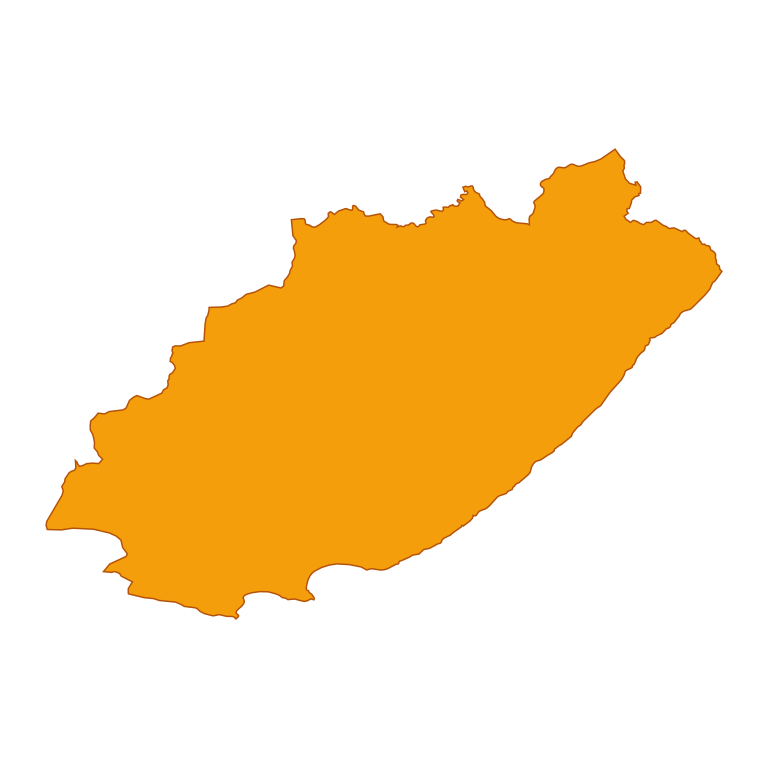 Eastern Cape, Natural Earth projection
{"feature_id": "ZAF-1926", "entity_name": "Eastern Cape", "entity_type": "Province", "adm_level": 1, "iso_a3": "ZAF", "parent_name": "South Africa", "parent_adm1": "", "projection": "natural_earth1", "projection_center": [27.087, -32.092], "detail": "fine", "context": "isolated", "style": "filled", "palette": "amber", "viewbox_px": 768, "rotation_deg": 0, "n_neighbors": 0, "source": "natural_earth", "source_scale": "10m", "svg_char_len": 6098}
<svg xmlns="http://www.w3.org/2000/svg" viewBox="0 0 768 768"><path d="M580.7,166.2L588.9,162.9L595.0,161.5L600.9,159.0L615.1,149.2L620.4,156.6L624.2,160.3L624.6,161.2L624.6,163.9L624.0,165.0L624.3,168.3L622.8,170.9L625.4,178.8L629.5,183.3L635.8,185.2L635.1,182.3L637.0,181.8L640.7,186.9L640.5,193.2L638.7,193.6L639.0,195.5L634.9,196.8L631.7,200.1L631.3,202.9L629.3,208.5L627.2,208.6L626.7,210.9L628.2,213.2L624.1,216.2L626.1,219.4L630.4,222.4L633.4,220.3L637.1,221.5L640.3,223.5L643.1,224.5L644.2,224.4L645.7,222.8L646.6,222.4L651.4,222.4L654.6,220.4L656.2,220.3L663.1,225.3L666.0,226.4L669.0,228.5L674.2,227.9L682.0,231.6L683.9,230.3L685.6,230.4L688.2,233.2L695.2,238.3L697.0,238.6L698.7,237.9L699.1,238.2L699.6,240.9L700.5,241.4L701.9,244.0L703.1,244.4L704.4,244.1L706.1,245.5L708.9,245.9L709.8,246.6L710.9,250.3L712.0,250.5L714.2,252.2L715.2,253.6L715.6,254.6L715.5,257.8L715.7,259.1L716.3,260.1L716.6,263.9L719.3,266.0L719.8,269.3L721.9,271.4L715.2,280.7L712.6,282.6L709.7,289.3L704.8,295.2L691.4,308.5L689.8,309.4L684.2,311.0L682.1,312.1L680.3,313.6L679.5,315.5L673.9,322.7L671.1,324.2L670.5,326.3L669.8,327.2L668.6,328.1L666.6,328.6L662.0,333.4L657.0,335.7L654.6,337.4L650.1,338.0L649.6,338.8L650.1,340.3L648.3,344.5L645.6,346.0L645.1,346.7L644.7,349.4L643.7,350.9L640.7,353.2L637.8,356.6L636.4,358.7L635.5,361.5L633.9,364.6L632.6,365.4L632.0,367.6L626.0,370.5L625.1,371.9L623.8,375.7L621.3,379.8L610.0,392.4L600.6,405.7L595.8,408.9L582.8,421.7L580.7,424.9L577.6,427.0L572.6,433.0L571.4,436.3L561.3,444.5L558.9,445.8L554.5,449.2L554.2,450.9L552.1,452.7L547.7,455.2L540.7,459.9L535.7,461.4L533.4,463.7L531.6,466.8L530.1,472.4L528.1,474.8L518.8,482.8L516.1,483.8L514.1,486.5L512.9,487.2L512.2,489.4L507.9,491.4L506.1,493.5L498.9,496.0L497.4,497.0L489.3,505.9L486.2,508.5L479.8,511.0L478.4,512.1L476.3,515.3L475.6,515.7L474.2,515.8L473.2,515.3L472.5,518.1L470.4,520.6L463.3,526.0L462.0,525.3L461.4,526.8L451.7,533.7L450.9,534.8L444.0,538.2L441.9,540.1L441.5,541.7L440.2,543.3L437.6,543.9L429.7,548.3L423.8,549.5L418.8,554.1L412.6,555.1L409.6,557.0L400.9,560.9L399.9,561.0L399.2,561.5L398.6,563.5L398.0,564.0L396.0,564.3L387.4,568.8L383.9,569.8L380.2,570.0L372.5,568.8L370.1,568.9L366.8,570.0L361.3,567.0L349.3,564.6L336.9,563.9L329.0,565.1L321.6,567.5L314.9,570.9L312.0,573.2L309.7,576.3L308.0,579.9L306.5,586.1L306.3,588.8L306.7,590.0L308.5,590.8L309.3,592.5L311.9,594.5L314.4,598.3L313.8,599.8L310.9,598.9L307.2,600.8L304.8,601.4L302.0,601.0L294.7,599.0L287.9,599.6L285.5,598.1L282.3,597.6L279.2,595.2L275.9,593.9L268.3,591.8L260.0,591.6L251.9,592.7L246.7,594.3L244.5,595.5L243.1,597.2L244.4,601.8L243.4,604.0L241.9,605.9L236.7,610.7L236.1,612.4L236.5,613.7L238.2,615.0L238.6,615.8L238.3,616.7L236.1,618.8L235.5,618.8L234.4,617.1L232.5,616.5L226.3,616.3L219.3,614.6L213.6,615.8L211.9,615.6L204.1,613.5L200.1,611.4L197.0,608.5L195.2,607.8L184.2,606.4L181.4,604.6L175.6,602.1L159.4,600.5L153.6,598.6L144.0,597.6L127.9,593.7L128.3,593.8L128.3,588.7L132.4,581.8L121.3,576.2L119.5,573.4L116.1,572.0L113.9,571.6L111.6,572.4L103.5,571.6L109.8,564.0L126.0,556.5L127.3,553.8L122.7,547.6L120.9,540.0L116.2,536.1L109.5,533.0L93.5,529.2L72.6,528.2L61.4,529.9L47.3,529.5L46.1,525.3L46.8,521.3L61.9,495.6L63.3,491.1L61.8,486.5L64.6,482.1L65.1,478.7L69.3,472.6L71.3,471.4L74.6,470.2L75.9,467.8L75.4,460.5L76.8,461.9L78.4,465.1L79.6,466.4L82.3,465.7L86.8,463.6L92.9,463.1L98.7,463.6L102.6,459.2L98.8,455.5L97.3,451.7L94.2,448.0L94.5,442.8L93.9,439.0L92.6,434.1L90.3,430.0L90.2,425.2L90.7,421.0L94.7,417.4L98.1,413.2L104.7,413.9L109.1,411.6L123.1,409.9L126.2,407.9L129.5,400.4L133.8,397.0L137.0,395.6L145.0,398.5L148.7,399.2L161.7,393.2L163.6,389.8L167.2,387.7L168.1,384.9L167.8,380.6L169.0,379.2L169.2,375.7L170.0,374.2L171.7,373.4L173.0,372.0L175.3,368.5L174.6,365.7L172.6,362.8L170.2,361.4L170.5,358.0L171.6,356.6L172.2,354.2L173.0,353.5L172.0,350.5L172.7,347.0L175.1,345.9L180.6,346.0L189.0,342.7L204.0,341.1L205.1,324.2L206.1,318.0L207.8,315.3L209.1,309.7L209.1,307.4L221.6,307.0L227.9,306.0L231.9,303.8L235.4,302.8L237.5,300.0L241.2,298.3L246.3,294.3L254.9,292.1L268.7,285.1L281.0,288.0L283.6,286.1L284.3,280.6L287.6,276.7L289.6,273.3L290.1,270.6L292.5,266.0L292.0,262.3L294.5,258.1L295.1,255.4L294.4,251.1L293.4,248.3L293.7,246.1L295.9,243.2L296.4,240.7L292.9,235.6L291.4,219.7L301.6,218.6L304.5,219.0L305.0,220.1L305.5,223.4L306.1,224.3L309.5,225.2L312.3,226.9L314.9,227.2L319.5,224.7L325.3,220.2L327.4,218.1L328.5,216.5L328.2,213.4L330.1,211.8L331.4,212.1L334.3,214.5L338.6,211.0L345.3,208.7L346.5,208.7L349.8,210.0L352.2,210.1L352.7,208.4L352.6,206.5L353.2,205.5L355.5,206.0L358.6,210.0L363.6,211.9L364.2,214.2L365.4,216.0L368.3,216.2L380.2,213.8L383.0,216.9L383.6,220.7L384.7,221.6L388.6,224.0L390.1,224.4L396.2,224.5L397.9,225.3L397.9,226.0L397.2,227.1L399.8,226.0L401.0,225.9L402.2,226.6L404.0,226.6L405.5,225.3L408.4,225.0L411.1,223.0L413.5,223.2L416.0,226.1L417.6,226.8L418.7,226.4L419.9,224.8L425.1,224.0L426.1,223.0L425.4,220.9L426.3,219.0L427.9,217.6L429.8,216.9L433.3,217.2L434.1,216.7L433.5,214.6L431.6,212.7L430.9,211.4L432.0,210.8L436.3,210.0L441.7,211.4L443.5,210.0L443.1,207.3L444.5,207.0L448.2,207.4L450.1,205.5L451.7,205.5L452.4,204.7L453.3,205.0L454.1,206.2L456.3,206.3L458.2,205.8L459.9,202.9L457.5,201.4L457.2,200.5L457.9,199.4L461.6,200.9L463.6,199.6L460.5,197.1L460.7,195.2L462.6,194.4L466.6,194.5L467.9,192.5L466.6,190.9L464.8,191.7L462.9,187.2L465.5,186.3L468.3,187.0L470.8,186.0L472.3,186.0L473.0,186.8L473.6,189.5L474.6,191.2L476.0,192.4L479.4,194.1L480.0,196.4L482.4,198.9L484.6,202.2L485.1,205.1L485.6,206.1L491.2,210.6L496.1,216.5L498.8,218.3L502.0,219.4L505.8,219.9L509.3,218.7L510.3,219.1L512.7,221.2L516.4,222.8L527.2,223.8L529.4,224.8L529.1,219.1L529.6,216.8L530.2,215.8L531.8,214.8L533.2,213.1L535.1,207.2L534.9,205.2L533.7,202.4L534.4,201.1L542.2,194.6L543.4,193.1L544.0,190.7L543.8,188.2L541.4,186.6L540.4,185.0L540.6,183.0L542.0,181.3L545.6,179.4L549.2,178.5L550.9,176.1L553.2,173.9L555.5,169.3L557.4,167.6L559.6,167.2L564.0,167.9L566.2,167.1L570.2,164.6L571.7,164.2L573.2,164.4L577.6,166.2L580.7,166.2Z" fill="#f59e0b" stroke="#b45309" stroke-width="1.5"/></svg>